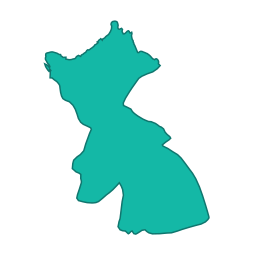 the district of Kampot, Kâmpôt, Cambodia, rotated 185°
{"feature_id": "14789045B30101496421605", "entity_name": "Kampot", "entity_type": "district", "adm_level": 2, "iso_a3": "KHM", "parent_name": "Cambodia", "parent_adm1": "Kâmpôt", "projection": "robinson", "projection_center": [104.179, 10.591], "detail": "fine", "context": "isolated", "style": "filled", "palette": "teal", "viewbox_px": 256, "rotation_deg": 185, "n_neighbors": 0, "source": "geoboundaries", "source_scale": "gbopen_adm2", "svg_char_len": 3754}
<svg xmlns="http://www.w3.org/2000/svg" viewBox="0 0 256 256"><g transform="rotate(185 128 128)"><path d="M101.4,193.0L103.3,194.6L103.2,195.8L103.4,197.1L103.9,198.0L104.6,198.8L105.6,199.4L106.6,199.2L107.4,198.4L108.4,198.8L109.3,199.0L110.2,199.8L111.4,201.0L112.3,201.8L113.2,202.5L114.2,203.1L115.3,203.8L116.5,204.1L117.8,204.6L118.9,204.9L119.9,205.2L120.8,205.5L122.0,205.5L122.9,205.1L123.8,204.1L125.0,204.1L128.6,211.0L129.4,212.0L129.6,213.1L130.3,214.0L130.4,215.1L131.0,216.0L131.6,216.9L132.0,218.1L132.3,219.2L132.6,220.4L132.4,221.5L132.3,222.6L132.7,223.7L133.7,222.9L134.7,223.1L135.1,224.2L136.0,224.9L137.0,224.5L137.8,223.6L138.4,222.8L139.2,222.0L140.1,221.4L141.0,221.4L141.6,222.5L142.3,223.5L142.3,224.5L142.1,225.7L143.1,226.7L144.1,226.2L145.0,225.6L146.2,225.8L146.8,226.8L146.9,228.2L146.8,229.5L147.5,231.6L148.2,232.8L149.3,233.2L150.4,233.3L152.4,232.8L153.5,231.8L153.9,230.7L153.9,229.4L153.2,228.4L153.1,227.1L153.1,225.7L153.3,224.6L153.6,223.6L154.1,222.2L154.8,220.8L155.3,219.8L156.2,218.8L157.3,217.9L158.3,216.9L158.9,215.9L159.9,215.1L160.8,214.6L161.3,213.2L162.1,214.0L162.9,214.6L163.7,213.7L164.9,212.7L165.3,211.6L166.2,211.0L165.3,210.3L166.5,209.1L167.2,208.5L168.2,208.0L168.8,206.9L169.5,206.0L170.4,205.2L171.2,204.4L172.2,203.7L173.0,202.8L173.9,202.3L174.9,202.4L175.8,201.6L176.3,200.6L176.8,199.6L177.7,199.1L178.5,198.4L179.3,197.5L180.2,197.1L181.0,196.3L181.4,195.2L182.8,195.7L183.7,196.0L184.8,195.2L185.6,194.6L186.0,193.6L186.8,192.6L187.7,192.2L188.7,192.0L189.7,191.5L190.7,191.2L191.7,191.0L192.7,190.9L193.7,191.0L195.9,191.2L196.0,193.1L198.0,192.8L199.0,192.7L200.0,193.5L200.9,193.9L201.6,195.3L202.7,195.2L203.8,195.6L204.7,196.1L205.7,196.4L207.1,196.7L208.6,197.0L209.7,197.2L210.9,197.1L212.1,196.8L213.0,196.4L214.2,196.0L215.4,195.6L216.2,195.0L216.4,193.5L216.0,192.0L216.3,191.0L216.3,189.5L215.7,188.4L215.0,187.5L214.3,186.3L213.6,185.4L212.4,184.4L211.8,183.5L211.2,182.5L211.5,181.2L212.4,182.2L213.8,183.5L216.5,184.6L215.5,182.2L214.8,181.1L213.7,179.7L212.9,178.7L211.8,177.7L211.0,179.8L209.9,178.6L210.4,177.4L210.2,175.5L210.0,171.2L207.9,171.2L205.8,169.7L203.6,168.4L202.8,167.9L201.0,166.1L200.1,165.0L199.6,163.8L199.1,161.4L198.2,157.5L197.0,154.1L195.4,151.6L192.8,150.2L188.6,149.0L184.8,145.9L182.2,142.2L179.9,137.3L178.2,133.1L175.6,129.6L172.9,127.8L168.7,126.3L165.3,125.0L164.4,123.5L164.9,122.0L165.9,119.0L167.0,114.8L168.7,108.5L170.1,101.4L173.2,97.3L176.2,94.8L179.3,91.2L179.7,89.0L179.9,87.5L179.9,82.7L176.0,79.8L172.9,78.8L171.0,77.7L170.8,75.6L170.7,73.7L169.8,71.0L169.7,69.4L171.0,63.3L172.5,57.1L172.9,53.7L171.0,51.4L166.5,50.6L162.2,50.1L157.7,50.2L155.9,50.4L153.5,50.9L150.9,52.2L147.2,55.8L143.7,59.5L140.7,62.2L137.7,65.3L134.3,69.5L131.9,72.7L129.8,69.8L128.0,66.3L126.7,60.6L127.4,54.3L127.6,48.8L127.8,42.1L128.0,37.1L128.8,33.8L129.3,28.8L127.0,25.9L124.5,25.2L121.6,25.1L118.5,22.7L117.6,23.3L116.1,25.1L114.9,25.7L114.0,24.6L113.0,23.3L111.0,23.0L109.3,24.1L107.3,25.6L105.2,27.3L102.2,28.1L100.3,26.6L98.1,25.4L94.4,24.7L87.1,25.5L80.5,26.7L75.5,27.4L69.7,29.7L65.3,31.7L58.3,34.5L52.2,36.8L46.8,38.7L42.7,41.2L40.5,43.7L39.5,45.5L39.8,46.9L41.6,51.7L43.8,57.3L47.8,67.0L51.7,75.5L56.0,83.2L59.7,88.4L63.4,92.5L67.6,97.3L72.5,102.7L76.2,105.7L81.6,108.4L86.2,110.9L91.5,113.0L92.3,114.2L89.4,117.1L86.1,119.8L84.6,121.5L85.5,122.9L88.5,125.0L90.7,127.1L92.5,130.2L94.9,131.8L96.7,132.3L98.7,133.6L101.0,134.9L105.5,136.3L108.3,136.3L111.5,137.3L114.0,138.2L119.5,140.9L122.9,143.0L125.0,144.7L126.8,147.1L130.9,148.7L134.4,150.0L134.9,152.5L133.1,157.5L129.9,163.9L127.4,168.5L124.3,173.8L121.6,178.4L118.7,180.8L113.7,183.6L108.2,186.1L104.0,189.6L101.4,193.0Z" fill="#14b8a6" stroke="#0f766e" stroke-width="1.5"/></g></svg>